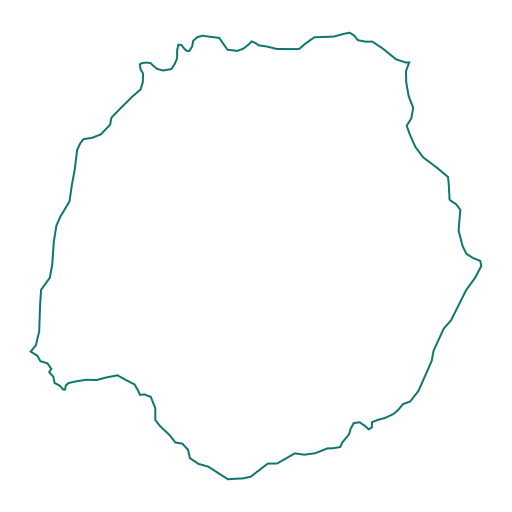 the district of San Antonio, Canelones, Uruguay
{"feature_id": "84410073B59518744288297", "entity_name": "San Antonio", "entity_type": "district", "adm_level": 2, "iso_a3": "URY", "parent_name": "Uruguay", "parent_adm1": "Canelones", "projection": "natural_earth1", "projection_center": [-56.083, -34.423], "detail": "fine", "context": "isolated", "style": "outline", "palette": "teal", "viewbox_px": 512, "rotation_deg": 0, "n_neighbors": 0, "source": "geoboundaries", "source_scale": "gbopen_adm2", "svg_char_len": 2008}
<svg xmlns="http://www.w3.org/2000/svg" viewBox="0 0 512 512"><path d="M30.7,351.6L37.4,355.8L40.4,361.2L47.4,363.3L51.3,368.8L49.2,372.2L53.3,376.7L54.6,383.0L59.8,385.7L63.0,389.5L65.1,389.5L65.8,385.4L68.6,383.0L76.8,381.2L86.2,379.8L97.0,380.0L105.6,377.6L117.5,375.3L126.3,380.2L134.5,384.4L138.0,390.4L140.0,394.9L144.3,394.4L150.7,396.8L152.7,401.7L155.3,408.3L155.3,420.0L159.9,425.9L169.5,435.0L175.4,442.5L182.4,443.7L187.9,449.6L190.0,458.2L198.5,463.9L208.4,466.7L218.6,473.3L228.0,479.3L234.3,478.8L243.2,478.4L250.7,476.7L267.8,463.6L277.1,463.5L294.7,453.4L304.4,454.7L315.3,453.2L327.4,448.4L332.9,448.3L340.2,447.0L342.5,442.2L349.0,434.4L350.7,428.7L353.7,423.1L359.7,422.3L364.9,425.9L368.7,429.4L371.8,427.4L372.0,422.2L377.5,420.0L385.1,417.9L393.1,414.2L398.0,410.1L403.0,404.1L410.2,401.5L418.4,391.0L424.7,376.8L431.7,360.9L433.6,350.6L443.8,328.5L451.0,320.4L466.2,290.0L475.3,277.5L481.3,266.0L480.2,260.9L473.0,258.0L466.6,254.0L462.7,246.5L458.6,230.7L460.3,209.7L456.4,204.5L449.6,199.8L448.7,183.7L448.0,177.0L436.9,167.7L423.2,157.4L415.4,147.0L409.7,134.2L406.7,125.7L411.3,118.4L413.2,107.8L408.7,96.3L406.2,82.2L406.0,71.1L409.2,62.4L405.6,62.5L395.9,59.2L382.4,48.3L372.3,41.6L365.7,41.7L357.9,40.2L354.2,35.5L349.5,32.7L343.3,34.0L333.6,36.6L314.3,37.3L305.1,43.9L299.0,49.1L277.0,49.0L266.3,46.4L258.9,45.4L255.5,43.1L251.7,41.4L249.0,44.2L243.3,48.7L237.2,50.9L227.5,49.7L219.2,37.9L211.1,36.9L202.7,35.7L197.2,37.2L193.2,40.8L192.1,46.6L189.3,51.0L186.3,50.7L183.4,47.7L181.6,45.1L178.4,44.7L177.2,50.0L177.1,58.1L175.0,63.5L171.3,69.1L162.9,70.5L157.2,68.9L153.2,65.7L150.7,63.2L147.2,62.6L142.6,62.9L139.8,64.3L140.6,69.4L143.1,73.6L142.8,82.2L140.6,89.4L132.2,96.7L120.9,107.9L111.4,117.7L110.1,124.7L100.8,134.4L92.1,137.8L86.9,138.6L83.5,139.2L80.4,143.0L77.1,150.0L74.8,169.2L72.0,184.1L69.5,201.3L60.4,216.6L56.4,225.6L53.8,241.9L52.2,264.8L49.8,277.8L41.1,289.8L40.1,304.8L39.2,331.4L35.9,345.2L30.7,351.6Z" fill="none" stroke="#0f766e" stroke-width="2"/></svg>